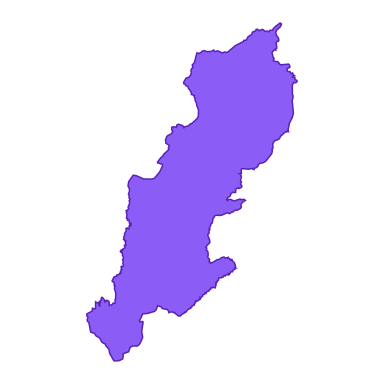 Santa Rosa Del Sur, Bolívar, Colombia
{"feature_id": "7082276B21319796766403", "entity_name": "Santa Rosa Del Sur", "entity_type": "district", "adm_level": 2, "iso_a3": "COL", "parent_name": "Colombia", "parent_adm1": "Bolívar", "projection": "robinson", "projection_center": [-74.241, 7.761], "detail": "fine", "context": "isolated", "style": "filled", "palette": "violet", "viewbox_px": 384, "rotation_deg": 0, "n_neighbors": 0, "source": "geoboundaries", "source_scale": "gbopen_adm2", "svg_char_len": 5995}
<svg xmlns="http://www.w3.org/2000/svg" viewBox="0 0 384 384"><path d="M162.4,308.6L167.3,309.5L168.5,311.1L168.9,312.7L170.8,312.0L172.6,312.0L173.8,312.8L174.6,312.4L175.5,313.7L178.6,316.1L180.6,315.9L182.1,314.1L183.9,313.4L184.6,312.1L185.1,312.5L186.3,311.8L187.7,309.6L190.6,308.3L190.3,307.8L191.9,306.9L192.1,305.8L192.9,305.7L193.7,304.6L194.2,305.0L195.1,302.4L195.5,302.5L195.5,301.7L196.5,301.3L196.3,300.7L197.3,301.0L200.1,299.4L199.8,298.7L200.4,298.5L200.2,297.5L200.8,297.9L202.8,295.8L202.8,294.9L204.7,294.2L205.1,292.9L206.1,293.3L206.7,291.8L209.3,290.7L209.5,289.4L210.6,289.3L211.4,287.4L212.4,287.8L213.8,287.3L215.1,287.9L216.1,284.9L215.6,283.5L216.2,283.3L216.3,282.1L217.1,282.1L217.2,280.9L218.6,280.2L218.6,278.2L222.9,277.3L223.5,275.9L224.2,275.6L225.1,276.1L225.9,274.8L228.4,274.9L228.3,273.5L229.5,274.3L231.0,271.7L232.3,271.9L233.4,270.0L234.9,269.2L234.6,268.0L235.5,268.0L235.0,267.7L235.6,266.8L235.4,265.5L234.2,262.5L233.1,261.7L231.9,259.6L231.5,260.2L230.5,260.1L230.6,259.5L229.0,258.2L227.9,258.2L227.9,257.4L227.2,257.9L224.9,257.8L224.0,257.0L221.5,257.6L219.2,259.4L217.0,259.7L213.6,261.9L210.7,263.2L210.0,262.9L210.0,262.0L209.1,261.7L209.6,259.4L207.6,257.2L208.1,255.6L208.1,252.8L207.6,251.0L206.3,250.2L206.8,248.1L205.7,247.0L209.8,242.7L209.6,239.7L207.8,235.6L208.3,233.6L209.1,233.1L209.0,230.3L209.8,229.9L209.2,228.6L209.8,228.3L210.0,226.0L210.6,225.7L211.0,223.9L212.0,223.4L212.8,220.8L212.6,219.4L214.2,217.1L214.3,216.1L216.5,215.2L219.8,215.5L222.2,215.0L227.4,212.7L229.6,213.7L231.4,212.2L233.0,212.0L234.7,210.3L237.4,210.1L240.6,208.4L241.4,206.9L240.9,206.0L241.4,203.7L242.5,202.3L245.4,200.4L244.0,199.3L240.7,199.7L240.1,199.0L234.1,201.0L230.5,199.4L228.6,199.4L227.5,200.6L226.6,199.7L228.1,197.0L229.5,196.7L230.4,195.7L230.7,194.1L232.3,192.6L233.1,192.1L235.0,192.7L235.6,192.4L235.7,190.0L236.6,188.3L238.3,188.1L238.9,188.6L239.4,187.9L240.9,187.8L241.8,186.9L241.7,185.3L240.8,184.9L240.5,183.9L241.5,181.9L240.5,181.1L241.4,176.1L240.5,175.1L241.0,173.8L239.9,173.6L241.5,173.0L241.2,170.4L241.7,168.6L248.9,169.2L252.4,168.4L252.7,169.0L253.4,168.4L253.1,168.8L254.0,169.5L254.3,168.3L256.4,167.6L257.9,166.3L258.4,164.6L259.8,163.4L262.7,162.9L265.6,161.4L271.6,153.9L272.4,151.0L272.0,149.0L272.7,148.7L273.0,147.5L272.7,144.0L273.8,141.8L275.7,140.2L277.3,140.0L279.5,138.6L280.4,136.5L285.8,131.5L286.8,132.0L287.8,130.9L288.4,131.4L288.1,129.8L289.4,123.3L292.2,117.7L293.4,113.4L292.4,102.3L291.9,101.3L292.7,99.3L293.1,95.9L292.4,94.1L292.3,85.1L293.8,82.6L295.9,82.7L297.3,81.3L296.4,80.1L294.9,79.5L294.9,77.2L292.5,77.1L293.3,75.5L294.2,75.4L292.8,74.1L292.6,73.0L291.1,73.5L289.8,71.5L287.8,71.5L287.0,70.6L287.3,68.6L289.9,67.3L289.6,65.3L288.5,64.1L280.4,64.8L277.8,61.6L275.3,61.5L273.3,60.5L274.1,58.4L273.1,57.2L272.0,52.4L274.4,49.8L275.8,50.2L275.6,48.9L276.6,48.5L276.8,46.7L276.0,42.9L277.2,41.2L278.1,41.4L278.8,40.6L278.6,38.4L276.3,35.0L275.7,32.4L276.9,29.9L280.1,27.1L281.4,24.7L281.4,23.9L280.6,24.1L280.1,23.0L276.1,25.9L273.1,28.8L272.7,30.2L270.1,30.2L268.7,31.9L267.2,31.0L264.9,31.4L263.4,29.8L262.2,29.4L259.0,30.7L257.5,29.2L256.7,29.7L256.2,29.4L255.4,31.0L252.4,32.1L251.8,34.4L248.1,36.7L246.1,40.2L243.8,40.4L243.7,41.3L235.1,45.8L227.7,52.1L226.0,52.6L225.4,52.0L224.0,52.2L222.2,52.9L217.6,50.8L215.0,51.6L213.5,50.0L211.5,51.4L206.8,51.6L204.3,50.6L201.7,51.4L201.1,52.5L198.9,53.4L196.9,52.9L194.4,62.6L192.2,65.0L192.9,66.9L190.9,70.2L191.4,72.8L190.5,75.3L188.9,77.2L186.1,78.1L183.6,82.3L183.9,83.8L185.0,84.0L185.9,85.7L187.7,86.2L188.2,87.9L190.5,91.1L191.5,93.5L191.4,94.5L194.4,95.5L194.2,97.3L194.9,97.9L195.2,100.6L196.7,103.7L196.6,105.2L198.5,109.8L198.3,116.5L196.8,118.9L191.6,123.6L190.7,123.7L188.0,126.0L184.8,126.7L183.9,127.8L182.7,125.6L178.3,124.2L176.8,125.1L176.3,127.3L174.0,126.7L171.7,127.3L171.8,130.1L172.8,131.7L171.1,134.0L167.7,135.6L166.7,136.6L165.5,140.0L165.9,143.3L169.3,145.3L168.3,148.0L168.8,149.5L163.6,154.3L163.2,155.6L160.7,157.8L157.5,162.1L157.6,162.9L161.8,164.1L162.4,164.7L162.4,166.1L159.8,171.7L154.6,178.1L152.0,179.1L143.5,178.9L136.4,175.7L133.2,175.2L128.7,181.6L128.0,186.1L129.2,188.0L129.5,191.1L128.4,194.2L129.3,196.2L129.0,198.0L130.1,199.3L129.1,200.9L129.8,202.7L128.1,207.0L128.7,209.1L126.1,210.8L126.8,211.3L126.3,212.5L127.0,214.3L126.5,218.3L127.7,218.5L127.4,220.3L129.3,220.5L129.3,222.9L130.9,223.1L131.2,225.1L130.5,225.3L130.7,224.5L129.9,224.4L129.0,226.3L129.6,226.9L128.6,229.0L127.2,227.9L125.9,228.7L126.3,230.7L124.6,233.4L124.6,235.6L123.7,236.8L124.1,238.0L123.5,239.6L125.2,240.4L125.1,241.2L125.8,241.1L125.4,243.3L125.9,245.0L124.9,245.0L124.3,245.7L125.1,247.0L124.3,248.4L123.1,248.8L122.7,249.8L121.3,249.9L120.3,251.6L120.8,252.1L121.9,251.6L121.7,252.8L122.6,253.6L122.4,255.5L123.5,257.0L123.3,258.7L122.5,259.6L123.2,261.5L122.9,263.7L123.6,265.8L122.5,266.7L121.6,266.2L121.0,266.9L121.5,268.1L121.1,269.3L121.8,269.9L120.4,271.4L121.0,273.3L120.2,273.7L119.6,273.3L118.4,274.8L117.0,274.8L116.4,276.1L114.1,276.9L112.1,280.7L112.4,281.7L114.2,282.4L114.2,285.6L115.0,285.5L114.4,288.4L115.7,292.9L115.6,298.3L114.9,300.3L115.4,302.1L114.8,303.4L113.3,303.0L112.2,304.4L109.4,305.6L109.0,301.4L107.1,300.3L105.9,300.5L105.5,300.8L105.7,301.6L104.8,301.8L104.8,300.6L103.9,299.2L102.4,297.4L101.6,297.4L101.1,298.6L101.3,300.2L99.8,301.1L100.3,303.0L99.6,303.9L99.9,306.0L99.1,305.6L98.7,302.2L97.2,302.9L95.6,301.9L95.5,308.4L94.5,309.0L92.5,308.2L92.1,311.1L86.9,313.8L86.7,315.7L88.0,317.1L87.2,319.6L87.4,321.3L88.8,322.4L90.7,332.2L94.6,333.4L95.9,335.8L99.5,337.9L102.0,342.3L105.3,344.2L106.1,346.1L108.9,349.2L109.7,353.5L113.8,360.6L114.9,361.0L119.4,360.6L122.8,358.8L123.4,353.6L128.7,351.8L130.2,347.1L133.6,345.9L137.2,346.1L139.2,344.6L140.4,342.7L142.7,337.4L141.7,331.7L143.1,322.1L142.7,321.5L139.7,321.7L139.4,321.0L142.9,313.7L147.0,313.6L154.5,311.4L156.3,309.6L157.6,305.7L161.2,306.9L162.4,308.6Z" fill="#8b5cf6" stroke="#5b21b6" stroke-width="1.5"/></svg>